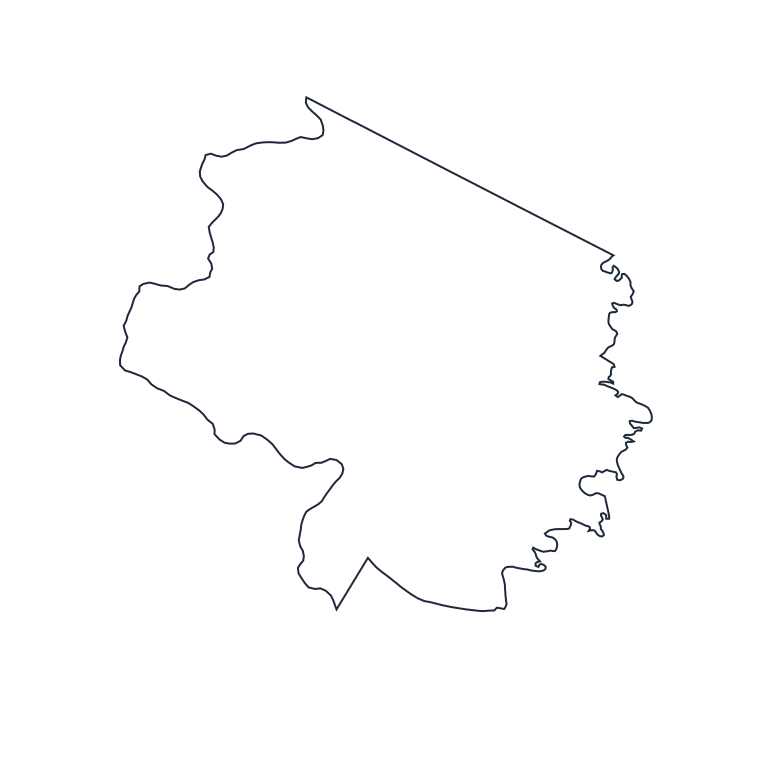 Amaturá, Amazonas, Brazil, rotated 118°
{"feature_id": "56859067B85663685806708", "entity_name": "Amaturá", "entity_type": "district", "adm_level": 2, "iso_a3": "BRA", "parent_name": "Brazil", "parent_adm1": "Amazonas", "projection": "equal_earth", "projection_center": [-68.265, -3.42], "detail": "fine", "context": "isolated", "style": "outline", "palette": "slate", "viewbox_px": 768, "rotation_deg": 118, "n_neighbors": 0, "source": "geoboundaries", "source_scale": "gbopen_adm2", "svg_char_len": 6166}
<svg xmlns="http://www.w3.org/2000/svg" viewBox="0 0 768 768"><g transform="rotate(118 384 384)"><path d="M605.3,320.1L545.1,316.6L547.6,310.0L549.5,304.6L550.7,298.8L552.6,287.0L553.5,282.6L553.9,279.9L555.3,273.6L556.9,261.5L557.4,253.7L556.7,246.3L554.9,240.8L551.8,228.2L550.0,222.1L548.3,216.8L544.5,205.8L540.5,195.6L538.2,190.2L534.8,184.9L532.2,180.3L528.5,179.3L526.2,172.2L522.9,172.1L520.4,172.6L518.4,174.3L515.3,176.3L513.0,177.9L510.7,179.2L508.4,180.8L504.7,182.9L502.9,184.3L500.9,186.0L495.9,190.8L492.9,191.5L489.1,190.6L487.3,188.8L486.3,187.0L484.8,184.4L484.2,181.2L482.7,176.4L481.8,173.6L480.9,171.4L480.2,169.4L479.6,166.6L478.8,164.5L478.1,162.6L477.0,160.0L475.7,157.8L473.8,155.6L471.5,154.6L469.5,155.4L468.8,157.6L468.8,159.9L470.4,162.0L473.1,161.8L473.3,164.8L471.2,166.0L469.0,165.0L467.4,162.9L466.0,166.7L464.8,168.5L462.8,170.4L461.5,172.2L460.2,175.2L458.4,175.4L458.5,172.4L457.8,167.0L457.2,164.2L455.8,162.5L454.7,160.8L453.0,159.0L452.2,156.5L451.3,154.6L448.7,154.4L446.4,154.9L444.5,155.7L442.7,156.9L441.3,158.9L440.6,161.0L440.4,163.4L441.2,165.8L441.8,169.4L440.6,171.7L435.8,169.4L434.0,167.5L432.0,164.9L430.1,161.7L428.7,159.0L426.2,154.5L424.6,152.6L420.2,153.0L418.5,153.7L417.7,155.6L416.0,156.0L415.0,153.8L415.1,148.5L414.7,145.7L414.5,142.5L414.4,139.5L413.8,137.3L413.8,135.1L415.3,134.1L417.6,134.3L415.4,131.7L414.5,129.3L415.5,127.1L416.7,125.0L417.0,121.8L416.0,119.6L414.0,119.0L412.4,120.4L411.2,122.4L410.1,124.5L407.9,125.8L406.6,127.7L405.3,128.7L403.3,127.5L401.1,127.1L399.4,128.9L398.2,130.8L396.5,131.3L395.0,129.6L395.4,126.3L397.0,125.5L398.6,124.5L397.3,122.0L395.1,123.1L393.2,124.6L379.4,136.3L379.6,139.5L379.8,143.3L381.1,145.8L383.5,147.3L385.6,149.5L386.2,152.4L386.1,155.5L385.5,157.8L384.6,160.3L383.3,162.5L381.0,164.3L378.1,165.1L375.9,165.5L374.3,165.2L372.6,164.1L369.3,160.7L368.4,157.9L367.0,155.0L364.3,154.5L362.6,154.9L360.6,155.1L359.8,152.5L359.7,150.0L355.3,147.1L355.0,144.6L353.9,140.5L353.1,137.8L354.2,135.9L356.5,135.4L359.1,133.1L358.1,130.3L356.7,129.3L355.2,128.5L353.4,129.0L352.3,130.5L351.2,132.6L345.8,139.5L344.4,140.8L342.6,142.3L340.9,143.2L338.8,143.5L335.9,143.3L332.3,142.5L330.6,141.2L328.5,139.8L325.9,139.2L324.4,141.4L322.4,142.8L320.3,141.3L319.1,138.4L317.5,136.6L317.1,139.9L317.0,143.5L318.1,145.1L317.7,147.4L315.7,147.0L314.1,144.0L312.5,141.3L310.7,139.8L308.1,139.8L305.8,138.3L304.5,135.1L302.1,135.2L302.4,138.1L303.9,140.2L305.7,142.6L303.3,148.4L301.4,149.6L299.9,147.6L299.4,144.7L296.7,136.9L294.8,133.2L293.5,131.7L292.0,131.0L290.3,130.8L287.9,131.7L285.0,133.8L282.5,137.0L281.0,139.8L280.8,142.8L280.9,145.5L281.7,152.6L280.9,155.2L279.9,158.4L279.9,160.8L280.5,164.5L280.9,167.9L281.7,169.7L283.6,170.2L285.8,171.5L285.3,174.3L283.0,173.2L281.1,173.4L280.3,175.4L280.3,179.3L281.1,186.0L281.3,189.4L282.3,191.8L282.9,193.8L281.1,194.2L279.5,192.4L278.0,189.4L276.9,186.3L276.2,184.2L276.1,181.8L274.4,182.7L274.4,185.4L274.3,188.2L272.4,188.8L270.9,188.1L268.8,188.1L267.4,189.1L265.8,189.7L264.1,190.2L262.2,190.5L260.7,188.5L258.9,190.0L258.4,192.0L258.3,196.4L258.0,199.3L257.6,206.2L255.5,205.3L252.8,204.0L249.6,203.8L247.0,203.3L245.5,202.6L244.0,201.2L241.4,199.8L239.5,199.9L237.6,200.8L234.6,201.9L232.3,201.7L230.2,201.6L228.8,203.2L228.3,205.5L228.4,208.1L226.2,212.5L225.0,214.0L223.5,215.2L221.3,216.2L219.0,217.1L216.7,218.0L215.1,217.9L213.2,216.0L212.0,213.4L210.4,212.5L209.1,213.8L208.8,216.5L207.5,218.8L205.8,220.3L204.4,219.1L204.1,216.4L203.4,212.1L201.6,210.0L200.8,207.5L200.2,204.7L198.9,203.5L197.0,202.7L195.4,202.9L194.0,204.0L192.8,205.5L191.1,207.1L189.4,206.8L187.6,206.7L184.8,207.0L183.2,210.2L181.2,212.7L179.8,213.4L177.9,214.5L176.0,217.3L174.6,220.2L173.9,223.4L175.1,225.3L176.9,224.9L178.6,223.9L180.7,224.7L182.4,225.2L183.8,227.1L183.2,229.6L180.9,229.6L177.8,228.8L175.7,228.5L173.7,230.1L172.4,232.3L171.7,236.6L173.5,237.0L175.7,235.6L178.2,235.0L179.8,235.6L180.6,238.8L180.9,241.7L181.4,243.8L180.6,245.9L178.8,247.4L176.8,248.0L174.8,247.7L173.2,246.8L171.1,245.2L168.8,243.8L166.7,243.0L164.4,242.7L162.7,241.8L164.3,348.6L164.8,386.4L165.4,429.0L166.6,531.0L166.8,537.8L167.2,574.9L167.2,578.6L167.4,587.1L172.3,585.1L175.4,580.9L177.0,575.7L178.4,569.8L180.2,564.1L184.4,559.5L188.3,556.6L193.0,555.0L197.9,557.7L201.6,562.3L203.6,568.4L205.1,573.6L208.9,576.8L212.8,579.8L217.1,584.2L220.4,590.2L223.0,596.2L225.4,600.8L228.2,605.3L231.7,610.1L235.4,613.3L242.5,618.3L246.6,623.8L251.5,627.3L256.1,630.0L259.5,634.0L261.2,639.3L261.9,645.0L265.6,649.0L269.8,647.9L274.5,647.8L278.9,647.2L283.1,646.3L287.1,643.7L290.1,639.6L292.9,632.5L293.9,625.9L295.2,620.1L297.5,614.6L300.8,610.4L305.1,608.7L309.6,608.3L313.8,608.9L322.7,611.6L327.6,612.5L332.2,608.9L336.0,605.2L339.8,601.4L343.5,598.3L347.6,596.7L351.6,598.7L355.8,598.2L358.9,592.9L363.0,589.8L366.9,589.8L371.5,588.4L376.2,591.9L379.1,596.0L383.3,600.1L387.6,602.5L393.2,604.8L396.5,608.6L398.4,613.7L399.1,621.1L401.8,627.3L403.1,633.4L404.5,638.6L408.6,643.5L412.5,645.7L417.3,643.5L421.6,644.5L426.0,644.7L435.3,642.9L439.8,642.7L444.1,642.4L449.0,641.3L454.8,641.2L459.3,637.1L463.4,632.4L468.8,631.4L473.2,631.3L478.0,630.3L482.5,629.7L487.0,628.3L491.4,625.7L493.6,619.0L492.4,613.0L491.0,601.4L491.2,595.2L493.5,589.3L494.3,582.4L493.4,575.0L494.6,567.6L494.2,562.0L493.5,555.1L492.6,547.8L493.1,542.1L494.1,534.8L495.5,529.4L498.3,523.4L499.6,516.5L503.8,512.1L507.8,510.2L510.2,503.4L510.7,497.1L509.0,492.0L506.3,487.3L501.5,484.0L496.0,483.6L491.8,480.7L489.0,476.0L487.1,468.0L488.0,460.9L489.6,454.1L494.6,443.3L496.9,437.0L498.0,431.5L498.7,424.4L496.6,417.0L493.7,413.5L489.9,409.8L485.8,407.4L483.0,402.4L479.2,399.2L475.5,396.5L473.4,390.4L474.6,383.6L478.1,380.0L482.5,378.8L487.4,379.0L493.1,380.8L498.0,381.8L502.7,382.4L507.2,383.1L511.8,383.6L516.7,383.9L521.1,385.6L529.1,390.6L533.2,392.6L538.0,392.6L542.2,392.0L547.3,390.9L551.8,389.1L562.0,385.9L566.7,381.7L569.4,377.4L573.5,374.0L577.9,372.4L582.2,373.3L586.9,373.7L591.5,370.3L594.2,365.6L596.8,360.7L599.0,355.3L597.4,348.8L594.3,344.1L593.9,338.2L595.7,331.5L598.7,327.4L605.3,320.1Z" fill="none" stroke="#1e293b" stroke-width="2"/></g></svg>